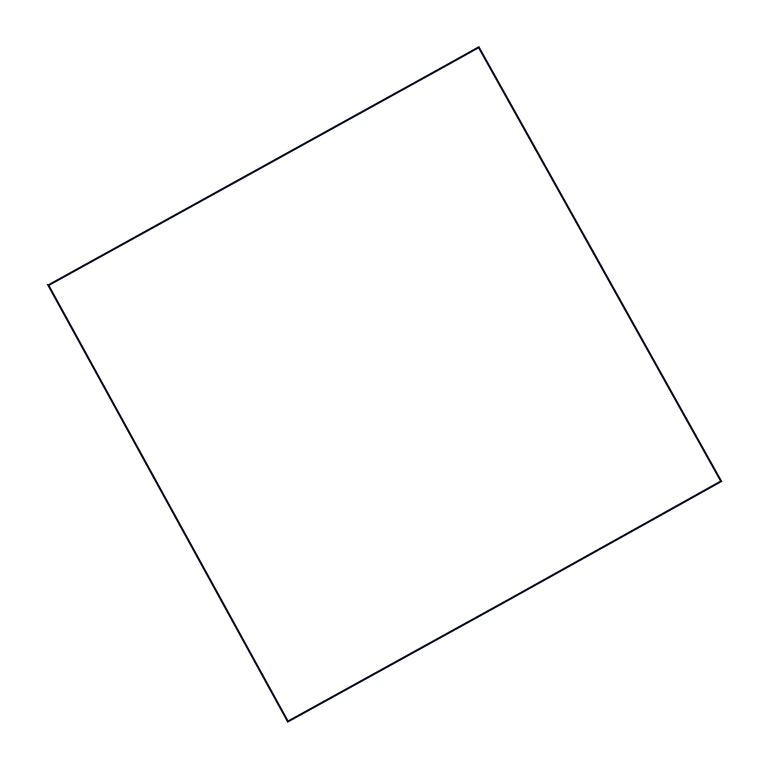 the district of Brown, Kansas, United States of America, rotated 331°
{"feature_id": "52423323B65673642944633", "entity_name": "Brown", "entity_type": "district", "adm_level": 2, "iso_a3": "USA", "parent_name": "United States of America", "parent_adm1": "Kansas", "projection": "albers", "projection_center": [-95.595, 39.827], "detail": "fine", "context": "isolated", "style": "outline", "palette": "ink", "viewbox_px": 768, "rotation_deg": 331, "n_neighbors": 0, "source": "geoboundaries", "source_scale": "gbopen_adm2", "svg_char_len": 286}
<svg xmlns="http://www.w3.org/2000/svg" viewBox="0 0 768 768"><g transform="rotate(331 384 384)"><path d="M136.3,632.6L384.2,633.1L569.5,632.7L631.7,632.5L630.1,135.4L591.3,135.5L142.2,134.9L138.4,135.0L138.3,134.9L136.3,632.6Z" fill="none" stroke="#020617" stroke-width="2"/></g></svg>